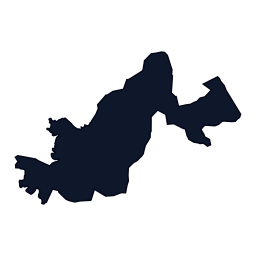 Ogoja, Cross River, Nigeria (Natural Earth projection)
{"feature_id": "59680162B30816727026324", "entity_name": "Ogoja", "entity_type": "district", "adm_level": 2, "iso_a3": "NGA", "parent_name": "Nigeria", "parent_adm1": "Cross River", "projection": "natural_earth1", "projection_center": [8.633, 6.522], "detail": "fine", "context": "isolated", "style": "filled", "palette": "ink", "viewbox_px": 256, "rotation_deg": 0, "n_neighbors": 0, "source": "geoboundaries", "source_scale": "gbopen_adm2", "svg_char_len": 3329}
<svg xmlns="http://www.w3.org/2000/svg" viewBox="0 0 256 256"><path d="M125.5,192.7L127.0,185.0L128.3,180.9L127.9,175.3L128.3,167.6L133.9,162.1L134.6,162.0L137.3,160.4L139.2,158.3L141.4,156.3L143.1,153.9L143.4,153.3L143.4,152.6L145.2,145.4L148.7,139.8L150.1,137.1L150.1,133.1L151.0,131.0L151.1,116.8L157.6,110.0L164.9,113.8L165.9,114.5L167.5,124.2L173.8,123.6L183.3,128.4L185.3,128.8L187.3,136.0L187.6,136.2L188.8,139.1L193.8,142.1L198.1,142.8L200.0,143.5L203.4,143.1L207.5,146.1L210.5,144.8L209.4,139.5L204.8,137.0L203.5,133.8L200.9,129.6L203.4,126.2L205.3,125.1L214.9,125.7L218.5,124.3L222.3,121.1L224.2,121.0L231.7,121.5L235.1,121.3L237.4,119.0L237.8,118.6L239.4,117.6L240.6,114.3L225.8,90.0L224.2,85.7L220.7,81.5L219.3,78.6L217.6,76.9L203.3,84.1L211.5,89.9L205.1,96.8L200.0,98.2L197.1,101.4L195.5,101.9L193.3,102.9L190.4,104.4L186.4,104.9L178.8,106.5L178.4,106.4L176.1,96.6L175.2,96.7L172.7,94.2L171.2,92.9L172.4,75.7L171.5,74.7L171.9,69.9L167.3,55.4L164.6,52.5L161.3,52.1L161.1,52.2L155.7,53.3L151.3,53.9L144.5,60.8L144.5,61.5L143.3,68.8L142.7,70.8L128.9,79.5L126.9,79.7L123.5,89.3L113.0,91.5L107.1,95.3L106.1,95.1L97.7,104.8L98.4,108.6L96.0,114.3L92.0,120.5L91.0,122.4L90.0,123.0L89.8,124.3L89.3,124.7L88.8,125.2L88.9,126.0L88.3,126.2L87.9,125.9L85.2,125.2L84.9,125.0L84.7,125.5L85.0,126.0L85.3,126.3L85.3,126.9L84.7,127.1L84.5,126.9L83.9,127.1L83.4,127.7L82.7,127.8L81.6,127.2L81.3,127.1L81.3,129.2L81.0,129.8L80.4,129.9L79.5,129.2L78.9,129.0L77.1,129.0L73.8,126.6L72.4,125.1L71.1,123.5L70.1,122.5L69.3,122.1L69.1,121.7L68.4,121.1L67.9,120.8L67.4,120.2L66.6,119.4L65.8,118.8L65.0,118.2L64.1,118.7L62.9,118.5L62.2,118.5L60.6,119.4L58.7,120.1L58.2,120.6L56.5,121.9L54.9,120.5L54.2,121.0L52.6,121.1L51.4,119.8L50.9,118.5L49.7,118.6L49.1,119.2L49.1,119.7L50.0,120.5L50.3,121.0L49.9,121.4L49.6,122.6L50.2,122.9L51.2,123.5L51.1,125.6L50.8,127.4L49.9,128.4L49.0,129.1L48.5,128.7L47.9,128.4L47.1,128.5L47.0,129.0L47.1,129.4L47.9,129.6L49.1,130.3L50.2,131.7L50.6,132.1L52.3,132.9L52.6,134.1L52.6,135.2L53.8,135.7L54.5,135.4L55.7,135.1L57.2,134.6L58.1,134.7L58.8,134.8L59.0,135.3L58.7,136.3L57.4,136.9L56.7,137.7L55.7,140.7L55.6,141.8L55.0,143.3L55.1,143.9L55.7,144.4L55.7,144.8L55.0,145.4L54.8,146.4L55.4,147.2L55.4,147.6L54.8,147.9L54.3,148.6L53.7,148.7L53.1,148.3L52.8,148.4L52.5,149.0L52.9,150.5L53.6,151.3L55.1,152.0L54.9,152.6L53.7,153.6L52.1,153.4L51.4,153.9L51.6,156.4L52.8,158.4L55.0,159.5L57.6,159.3L58.9,159.0L59.2,160.2L57.4,161.5L54.9,162.1L52.4,163.2L49.7,166.0L39.0,161.2L35.4,159.0L17.8,155.8L15.4,157.2L18.2,161.6L17.0,163.0L15.6,164.9L15.8,167.7L18.0,167.8L19.6,167.9L20.3,168.7L23.5,169.1L25.2,169.9L25.2,170.6L25.2,174.6L24.5,176.0L24.5,178.0L24.0,179.9L21.8,180.6L19.8,180.4L19.4,181.1L19.6,183.0L19.8,186.0L20.4,187.3L21.0,187.5L23.0,186.0L23.8,185.7L24.0,186.3L24.3,186.9L26.5,186.4L27.1,185.8L27.5,185.9L28.2,186.6L28.3,187.9L26.4,189.8L26.0,190.7L26.5,191.4L31.0,194.1L31.8,193.8L33.9,192.0L34.6,191.3L35.3,189.9L36.2,188.3L36.5,188.0L38.7,188.9L39.4,190.0L39.7,192.2L38.8,194.7L38.6,196.7L39.6,197.9L41.7,198.9L42.2,200.6L41.9,203.4L43.2,203.9L44.2,203.7L44.8,202.9L45.3,202.5L46.2,202.4L52.5,189.0L58.3,190.4L59.0,192.3L66.0,199.1L69.0,200.5L74.9,201.9L80.2,200.8L90.6,200.3L91.0,199.8L94.4,189.2L105.7,196.0L113.5,195.5L121.2,192.6L125.5,192.7Z" fill="#0f172a" stroke="#020617" stroke-width="1.5"/></svg>